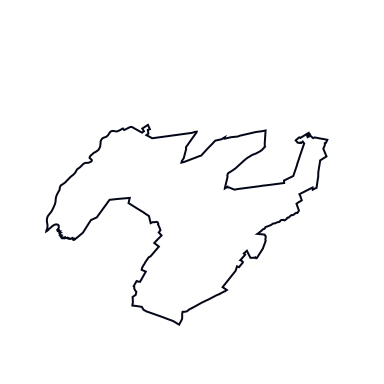 outline of Trikātas pag., Beverinas, Latvia, rotated 321°
{"feature_id": "27541924B26543314591182", "entity_name": "Trikātas pag.", "entity_type": "district", "adm_level": 2, "iso_a3": "LVA", "parent_name": "Latvia", "parent_adm1": "Beverinas", "projection": "robinson", "projection_center": [25.698, 57.552], "detail": "fine", "context": "isolated", "style": "outline", "palette": "ink", "viewbox_px": 384, "rotation_deg": 321, "n_neighbors": 0, "source": "geoboundaries", "source_scale": "gbopen_adm2", "svg_char_len": 5676}
<svg xmlns="http://www.w3.org/2000/svg" viewBox="0 0 384 384"><g transform="rotate(321 192 192)"><path d="M157.4,290.1L155.9,285.2L176.2,280.7L180.2,278.1L181.2,280.0L187.1,278.8L187.5,278.3L187.2,276.5L186.6,275.4L193.9,274.2L193.6,272.4L197.7,272.2L196.6,277.0L196.0,279.9L198.0,281.5L199.3,282.6L200.1,282.6L200.2,283.9L200.9,284.1L211.4,280.6L218.4,276.4L218.6,276.2L218.9,275.3L220.4,274.0L220.9,273.4L221.0,273.2L221.4,272.8L221.3,272.6L221.4,272.2L221.6,270.8L216.5,265.7L217.7,265.8L222.1,265.8L223.7,265.6L224.3,265.9L224.9,266.1L225.9,266.1L226.9,265.5L230.4,266.7L232.3,267.3L235.3,267.6L236.7,268.6L239.2,269.2L241.1,270.2L242.0,270.2L242.4,269.9L243.8,270.0L244.5,270.4L244.9,270.9L245.4,271.1L245.8,272.0L246.1,272.3L248.0,272.5L248.7,272.4L249.7,272.1L250.5,272.2L250.9,272.7L251.4,272.7L253.7,272.5L254.7,272.5L254.9,272.6L255.3,273.1L255.8,273.4L256.6,273.6L258.8,273.6L259.9,273.8L260.3,274.2L260.6,274.6L263.4,273.8L265.8,266.9L268.3,267.0L272.0,267.6L273.1,264.8L273.9,262.4L274.1,261.3L288.5,264.4L287.3,266.2L288.3,266.4L288.4,266.2L291.3,267.2L298.6,260.5L299.1,260.2L303.0,255.7L303.9,255.0L305.9,253.1L308.9,250.5L311.5,248.1L318.9,249.0L321.3,241.0L324.7,239.2L326.0,237.6L327.0,238.1L330.0,236.6L327.1,233.1L325.8,231.7L321.7,226.8L320.0,226.3L319.4,222.8L319.5,222.7L320.0,221.2L319.6,220.5L319.9,219.5L318.5,219.3L317.6,222.4L316.4,222.1L317.4,219.1L310.3,218.2L310.2,217.5L309.6,217.0L305.1,217.1L305.1,220.0L306.2,221.4L307.2,221.7L307.1,222.1L307.8,222.7L309.8,222.5L309.7,224.9L302.3,229.5L292.0,236.1L291.9,236.1L290.5,237.2L280.8,243.3L270.7,241.0L269.3,243.0L257.2,235.6L250.3,231.2L249.6,230.9L232.7,220.5L228.8,218.1L228.2,217.9L226.5,216.9L226.0,216.1L223.8,212.0L222.6,210.9L222.9,210.3L219.7,209.9L219.8,209.8L228.9,202.8L229.3,202.4L229.6,201.6L231.6,200.2L233.1,200.2L235.2,200.6L240.7,201.0L252.6,200.3L255.3,200.3L257.0,200.4L262.1,201.1L266.2,202.4L270.9,203.3L273.2,203.3L276.9,202.8L276.8,202.6L277.2,202.5L279.1,200.0L287.9,190.5L285.0,189.0L279.4,185.6L264.7,178.4L262.7,177.8L257.0,174.1L250.7,171.0L250.5,170.7L251.8,170.1L250.6,169.9L248.2,169.6L242.3,166.7L238.3,167.3L232.0,168.0L221.9,169.5L220.7,168.9L204.8,163.7L202.3,162.5L203.7,161.5L206.9,160.5L214.5,154.9L215.5,153.4L225.1,150.7L232.8,148.6L233.6,148.1L232.3,147.2L231.2,146.7L229.5,146.2L228.5,145.6L194.9,125.2L192.4,119.1L194.8,119.2L196.8,115.9L198.8,116.7L200.0,112.1L193.3,111.4L192.9,114.6L190.5,114.4L186.3,103.9L185.8,103.2L185.2,102.8L184.4,102.5L178.4,101.2L178.2,100.8L178.3,99.2L174.7,98.5L172.9,98.1L172.0,97.8L170.8,96.8L169.5,95.3L168.8,94.6L168.0,94.2L167.2,93.9L166.1,93.9L164.7,94.3L162.6,95.0L160.5,95.2L159.6,95.0L157.6,94.2L156.2,94.0L155.1,94.1L154.0,94.5L152.7,95.3L151.6,96.6L149.2,98.9L147.6,99.7L146.2,100.3L144.9,100.4L142.1,100.2L141.1,99.9L139.9,99.8L135.7,100.0L134.9,100.3L133.9,100.9L133.9,101.6L134.3,103.9L134.0,104.5L133.5,104.8L132.8,104.9L131.0,104.5L129.9,104.1L129.1,103.6L127.4,102.2L126.0,101.9L124.8,101.8L121.4,102.2L119.7,102.3L117.9,102.1L116.9,102.1L113.4,103.5L111.5,103.8L110.0,103.9L108.6,103.8L106.6,103.9L100.5,104.6L99.7,104.8L96.1,104.6L94.4,104.3L93.5,104.6L92.3,105.2L91.7,105.7L91.1,106.4L90.5,106.9L85.4,109.0L83.0,110.5L82.1,111.3L79.7,113.8L78.0,115.1L74.2,117.1L70.5,118.7L67.4,119.4L64.6,120.1L63.0,121.1L61.9,122.1L61.0,123.1L58.8,126.9L57.3,128.6L56.5,129.3L54.8,130.2L54.0,130.9L54.8,131.0L56.7,131.0L57.4,130.8L61.2,130.7L61.6,130.6L63.9,130.8L65.5,131.3L66.9,132.5L67.2,133.3L67.3,134.0L67.2,134.3L66.4,135.5L65.5,136.2L64.1,136.5L63.6,136.7L63.4,136.7L63.4,136.8L63.6,136.9L64.0,137.5L63.6,137.7L63.9,138.1L63.7,138.3L63.6,138.5L63.8,138.6L64.2,138.6L64.3,138.6L64.4,138.3L64.6,138.3L64.5,138.7L64.3,138.8L64.0,138.8L64.6,139.4L63.9,139.4L64.0,139.7L64.3,139.9L64.1,140.1L64.2,140.4L63.9,140.2L63.7,140.1L63.6,140.3L63.3,140.3L63.1,140.4L63.2,140.7L63.1,140.8L63.1,141.0L63.2,141.5L62.8,142.3L62.5,142.3L62.7,142.6L63.2,142.5L62.7,142.9L62.9,143.1L62.5,143.2L62.8,143.5L62.2,143.5L62.0,144.0L62.7,144.8L62.6,145.0L62.1,145.2L62.3,145.4L62.4,145.6L61.9,145.7L61.9,146.0L62.5,146.2L62.3,146.4L62.4,146.6L62.6,146.5L63.0,146.8L63.1,146.6L63.3,146.6L63.3,147.0L63.7,147.2L63.7,147.5L63.8,147.6L64.1,147.5L64.2,147.4L64.2,147.1L64.8,147.2L64.6,147.6L64.8,147.9L64.6,148.1L64.9,148.2L65.6,148.7L65.8,149.2L66.3,149.2L66.3,149.4L66.8,149.5L67.0,149.8L66.6,150.0L66.8,150.4L66.6,150.4L66.8,150.5L67.0,150.7L66.9,150.8L67.3,151.1L67.3,151.3L68.0,151.6L68.6,152.1L69.0,152.2L68.8,152.3L69.0,152.4L69.2,152.2L69.5,152.3L69.6,152.5L69.6,152.8L70.2,152.9L70.2,153.0L69.8,153.1L69.7,153.3L69.1,153.3L70.6,153.9L69.7,154.6L69.8,154.8L70.1,154.8L70.8,155.1L81.6,155.0L95.7,150.2L102.0,151.8L123.0,146.2L130.1,150.8L139.9,157.4L136.9,159.7L135.7,160.7L139.3,171.2L141.7,177.9L141.6,178.0L143.4,183.6L140.3,190.2L141.3,190.4L142.4,190.7L143.0,191.1L143.5,191.6L144.2,192.2L145.3,192.6L145.9,193.3L146.2,193.9L146.2,194.4L145.7,195.6L145.4,195.6L145.2,195.7L144.5,198.6L143.5,201.8L140.7,202.5L141.0,206.6L133.9,207.4L130.6,207.9L131.9,213.6L119.3,215.9L117.2,215.5L111.4,217.2L110.0,217.9L108.2,218.4L105.7,219.4L103.9,220.8L106.0,224.8L95.1,229.1L94.7,228.6L93.6,227.6L93.1,226.4L92.7,226.4L87.4,228.5L87.5,229.3L86.7,230.2L86.1,231.4L85.9,233.4L85.9,234.6L83.5,236.5L79.8,236.2L76.6,240.6L74.2,242.7L77.2,245.8L80.7,249.7L80.2,253.0L81.5,256.2L89.7,269.5L94.2,277.2L94.8,278.1L96.3,280.9L98.5,287.0L100.0,286.4L103.4,284.9L104.4,284.4L105.1,283.7L107.6,280.6L109.3,279.2L110.9,280.5L113.2,281.6L115.9,281.5L118.4,282.0L118.1,282.1L129.7,284.1L134.9,285.3L137.1,285.9L146.2,287.7L148.6,288.5L148.6,288.4L151.8,289.1L154.5,289.6L155.0,289.9L157.4,290.1Z" fill="none" stroke="#020617" stroke-width="2"/></g></svg>